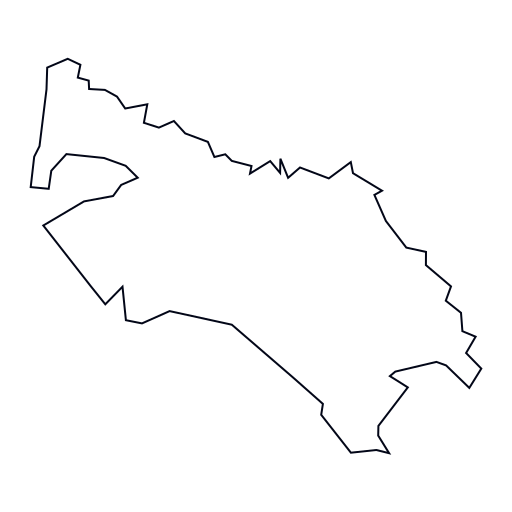 Calhoun, South Carolina, United States of America
{"feature_id": "52423323B26821031365156", "entity_name": "Calhoun", "entity_type": "district", "adm_level": 2, "iso_a3": "USA", "parent_name": "United States of America", "parent_adm1": "South Carolina", "projection": "mercator", "projection_center": [-80.796, 33.675], "detail": "fine", "context": "isolated", "style": "outline", "palette": "ink", "viewbox_px": 512, "rotation_deg": 0, "n_neighbors": 0, "source": "geoboundaries", "source_scale": "gbopen_adm2", "svg_char_len": 1024}
<svg xmlns="http://www.w3.org/2000/svg" viewBox="0 0 512 512"><path d="M67.7,58.8L47.2,67.6L46.5,89.4L39.5,146.2L34.2,156.7L30.7,187.1L48.7,188.8L51.3,170.7L66.4,154.1L104.1,158.0L125.7,165.8L137.7,177.7L121.2,184.9L113.1,196.0L84.0,201.4L43.3,225.5L90.3,285.6L105.3,304.3L122.5,286.7L125.9,320.2L142.0,323.4L169.6,311.1L231.8,324.7L292.7,377.2L322.9,403.9L321.2,414.8L350.9,452.7L376.3,450.0L389.1,453.2L378.2,435.6L378.4,425.9L407.8,387.4L389.9,376.1L395.3,371.6L436.4,361.9L446.1,365.4L469.3,387.9L481.3,368.6L466.1,353.0L475.6,336.7L462.4,331.2L461.0,312.8L445.8,300.7L451.0,286.4L425.9,265.1L426.0,251.9L406.3,247.6L385.9,221.0L374.4,194.9L382.0,190.7L353.0,173.2L350.8,162.1L328.8,178.4L300.0,167.5L288.1,177.8L280.4,158.7L280.1,172.9L270.2,161.1L250.0,173.6L251.5,166.0L231.8,160.9L225.3,154.3L214.4,157.0L207.9,141.9L185.2,133.4L173.9,121.0L158.9,127.6L143.9,122.8L147.3,104.3L125.2,108.5L117.0,96.6L104.9,89.9L89.1,89.0L88.7,80.6L77.8,77.6L80.4,64.8L67.7,58.8Z" fill="none" stroke="#020617" stroke-width="2"/></svg>